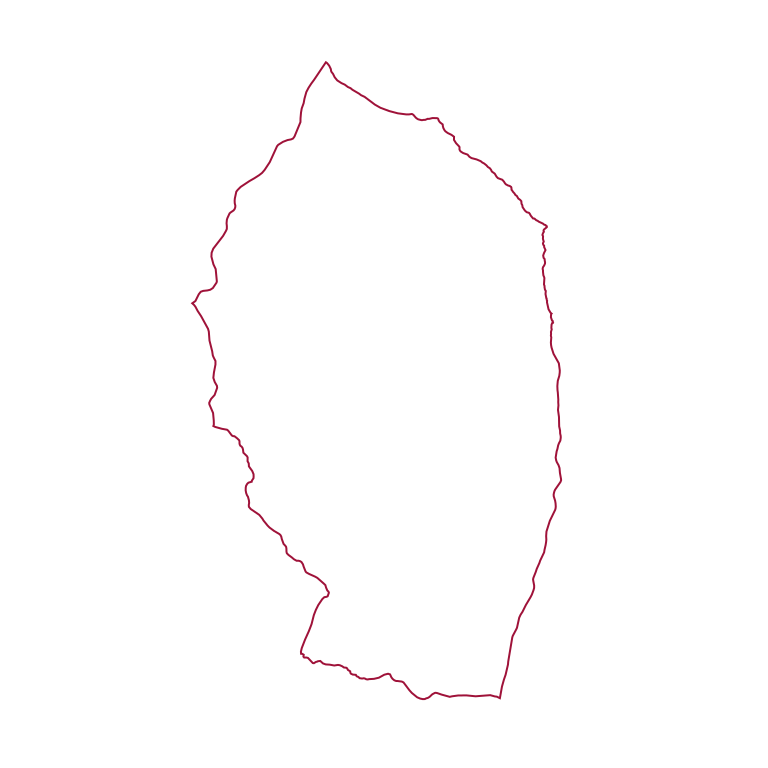 the district of Maubara, Liquica, East Timor, rotated 108°
{"feature_id": "22284137B70669575760565", "entity_name": "Maubara", "entity_type": "district", "adm_level": 2, "iso_a3": "TLS", "parent_name": "East Timor", "parent_adm1": "Liquica", "projection": "orthographic", "projection_center": [125.161, -8.678], "detail": "fine", "context": "isolated", "style": "outline", "palette": "rose", "viewbox_px": 768, "rotation_deg": 108, "n_neighbors": 0, "source": "geoboundaries", "source_scale": "gbopen_adm2", "svg_char_len": 6139}
<svg xmlns="http://www.w3.org/2000/svg" viewBox="0 0 768 768"><g transform="rotate(108 384 384)"><path d="M366.5,591.3L367.5,589.1L368.8,587.2L372.1,583.8L376.0,578.9L385.9,568.4L388.3,566.8L396.6,563.4L406.0,557.5L409.8,555.6L411.5,554.1L414.2,551.4L417.6,550.3L425.6,549.3L430.9,548.2L434.4,545.6L437.4,542.3L439.2,541.5L446.8,541.7L451.5,543.8L453.7,544.2L456.0,544.4L457.3,543.8L464.4,537.6L471.4,534.6L475.1,533.3L476.7,533.3L477.0,531.2L476.7,524.3L476.0,519.2L476.5,517.8L480.0,512.8L480.2,511.4L479.9,510.0L481.0,507.0L482.2,504.5L483.0,503.8L485.3,503.0L486.3,502.4L487.2,501.4L487.5,500.2L488.4,498.9L489.8,497.9L492.8,496.5L495.0,492.0L496.0,491.0L499.6,489.9L501.3,488.1L504.1,487.0L507.5,482.4L510.1,480.2L512.3,479.4L514.0,479.0L516.8,479.8L517.8,479.6L519.7,482.4L521.1,483.2L523.4,483.7L525.2,483.5L527.9,482.7L530.3,481.4L532.3,479.8L533.2,478.6L536.4,476.5L538.8,475.5L540.9,475.2L542.6,474.5L544.1,472.1L547.0,462.2L549.6,458.1L551.1,456.4L554.6,451.0L555.9,448.5L557.7,443.2L559.0,437.3L559.6,435.9L560.8,434.6L563.0,433.3L567.1,430.1L568.3,427.9L569.1,426.8L570.6,426.0L573.7,424.9L575.0,424.1L576.1,422.0L577.4,418.1L578.5,415.5L579.1,412.5L578.5,410.6L578.4,409.3L578.8,407.5L580.6,405.3L582.5,404.0L586.6,400.6L587.2,399.6L587.8,396.5L588.5,390.0L589.0,387.5L592.7,379.0L593.4,377.6L595.5,376.2L597.9,374.1L598.6,372.7L599.6,371.9L603.3,372.0L604.1,372.8L605.2,374.9L607.6,376.2L614.5,378.2L619.9,379.0L625.5,379.3L634.7,378.7L637.1,378.8L642.4,379.1L651.5,380.1L660.6,380.6L664.2,380.3L666.2,379.5L665.9,378.4L666.3,376.7L668.2,376.4L668.8,375.4L668.1,373.2L668.0,371.7L671.4,365.5L671.2,364.4L669.3,362.8L668.8,361.9L668.1,361.2L667.1,359.0L668.6,355.7L668.7,352.8L667.7,348.9L667.1,344.3L665.4,341.0L665.1,339.1L665.4,336.4L666.0,334.6L665.5,332.1L665.8,331.3L667.1,329.9L667.7,327.4L669.1,326.7L669.7,326.0L670.0,324.0L669.3,320.9L670.1,320.1L670.5,319.2L670.5,317.9L671.3,316.3L670.9,313.8L670.2,312.5L670.0,311.3L670.3,309.7L670.0,308.1L669.3,307.0L667.5,302.4L664.9,298.1L660.4,293.9L658.3,290.6L658.3,288.5L660.7,286.3L661.8,284.7L662.6,282.6L662.7,280.7L662.3,279.4L661.5,275.1L661.8,273.2L667.4,265.2L669.2,262.1L671.7,255.7L672.0,252.4L671.7,249.7L671.0,247.8L669.9,246.7L669.1,245.4L667.5,244.0L664.2,242.2L662.1,240.2L661.7,239.4L661.5,237.9L661.6,233.3L661.2,224.8L660.0,222.8L657.4,217.4L654.7,209.5L652.7,200.4L647.1,186.8L646.9,182.1L646.5,180.1L647.0,176.7L635.3,178.3L628.0,178.6L623.0,178.5L612.5,179.4L609.5,180.1L585.3,183.7L583.8,183.7L576.4,182.4L574.7,182.2L564.4,183.2L561.2,182.8L557.9,181.9L550.4,180.8L541.6,178.8L538.6,178.3L533.9,178.1L531.6,178.2L529.3,178.9L524.9,181.3L523.6,181.9L522.1,182.0L515.8,181.6L512.7,181.6L506.1,180.9L503.8,180.9L494.6,179.7L492.1,180.1L487.4,180.5L484.2,181.0L481.9,181.5L478.5,182.8L474.1,183.9L462.9,184.0L450.7,182.3L449.2,182.4L447.4,182.8L444.4,184.0L442.1,185.2L438.3,187.9L436.7,188.5L435.1,188.7L433.3,188.8L431.6,188.6L422.7,185.9L420.9,185.8L419.8,186.2L414.2,189.2L409.7,191.1L407.3,192.9L404.9,195.5L403.5,196.6L401.0,198.0L394.7,199.0L392.2,199.0L388.6,199.4L386.3,199.3L383.4,198.8L380.5,199.3L378.8,199.9L376.6,201.2L373.8,202.2L370.2,204.3L361.3,207.4L354.9,210.5L350.4,211.5L347.4,212.7L345.0,213.4L338.3,216.1L336.2,217.1L332.4,218.5L327.3,219.7L322.1,219.8L318.9,220.4L316.8,221.0L310.3,224.1L302.9,232.1L297.6,235.9L295.4,237.1L293.0,238.1L288.0,239.3L286.5,240.2L284.7,240.6L282.9,241.3L280.1,241.4L279.1,242.1L275.8,243.0L274.4,242.9L273.9,242.3L273.4,242.2L273.0,242.8L272.2,242.8L271.8,243.2L271.6,243.9L268.9,245.9L265.8,246.7L265.3,246.4L264.7,247.7L262.1,250.6L256.5,253.9L255.8,254.3L254.4,254.6L253.8,255.2L252.4,255.8L252.3,256.1L248.5,258.2L245.5,258.9L244.5,260.1L242.2,261.3L241.2,261.6L239.9,262.6L233.7,264.2L232.9,264.7L231.4,266.0L228.3,267.4L226.8,267.9L225.5,268.7L223.9,268.9L221.8,268.3L219.7,268.1L218.3,268.5L217.3,269.1L215.5,269.9L214.7,271.2L212.6,272.3L210.1,272.3L206.7,271.8L204.3,274.0L202.9,274.5L202.4,275.5L201.4,276.2L200.9,276.3L199.2,276.1L196.9,277.7L194.3,278.4L193.3,279.4L191.5,279.4L189.8,279.0L189.1,279.6L188.2,279.7L187.5,279.5L185.0,277.9L184.3,277.6L183.6,278.0L183.5,278.7L182.9,279.5L183.0,280.8L182.3,282.6L181.8,286.9L181.3,288.4L181.2,289.8L180.2,292.0L180.5,293.4L178.5,296.5L177.1,297.9L176.4,299.0L176.5,301.4L175.5,303.6L173.0,306.8L171.1,307.8L170.1,308.9L167.7,309.9L166.8,311.4L166.1,313.6L164.1,315.8L163.6,317.5L162.5,318.7L161.2,321.0L160.4,321.8L159.9,322.7L157.9,323.5L157.3,324.0L156.8,325.7L156.9,327.3L156.4,329.9L155.4,331.4L154.5,332.4L153.2,334.6L153.0,339.3L152.0,341.1L149.7,343.7L148.6,347.1L147.2,348.4L146.1,350.0L145.5,352.3L144.4,354.1L143.3,357.0L143.0,358.9L142.2,360.9L141.8,365.3L142.1,370.6L141.5,373.0L140.0,375.4L139.9,380.1L139.2,382.8L138.6,383.8L137.6,384.7L135.6,385.3L135.0,385.7L132.7,389.9L130.2,392.9L127.2,393.8L126.2,396.8L125.6,401.0L124.7,403.7L124.0,404.8L122.4,406.5L120.8,407.6L119.0,408.4L117.9,411.5L117.1,412.7L116.4,413.5L115.2,414.3L114.8,414.9L114.8,415.8L116.1,420.1L117.9,423.0L118.3,424.4L120.1,426.5L120.4,427.6L121.3,429.3L121.5,430.0L121.7,433.1L121.6,434.0L120.9,436.0L118.9,439.3L118.6,440.6L118.6,441.0L119.9,443.6L120.7,446.0L122.3,454.5L122.8,463.4L122.4,472.7L121.1,479.0L116.9,491.2L116.4,495.1L115.6,497.3L113.9,505.0L113.0,507.2L112.7,510.1L111.4,513.8L111.0,517.4L109.7,522.3L107.5,525.7L104.8,528.3L103.4,530.4L102.7,531.0L100.9,531.9L98.2,534.5L96.4,537.3L96.0,538.7L116.3,544.5L120.8,546.0L125.6,547.3L130.3,548.1L137.2,547.8L141.8,547.2L147.3,547.4L151.5,546.8L157.1,545.5L160.7,544.4L176.3,545.6L178.7,546.4L180.1,548.0L181.8,551.1L184.9,554.9L189.2,558.5L190.9,559.2L208.3,561.2L217.3,563.7L220.9,565.2L224.0,567.3L228.4,570.9L232.6,574.7L240.8,581.2L244.5,583.1L246.7,583.9L253.6,583.2L255.8,582.7L258.2,581.8L260.3,580.5L261.8,580.1L263.7,580.1L265.4,580.7L268.4,583.0L269.5,583.6L274.6,584.2L276.3,584.2L279.8,583.4L282.5,582.2L285.1,581.4L287.2,581.6L292.9,582.8L308.0,588.2L312.4,588.5L316.2,587.5L322.9,583.2L326.7,579.6L338.0,574.7L339.3,574.6L345.6,576.4L348.0,578.3L349.6,580.9L351.3,584.7L352.9,586.8L355.9,587.9L363.4,589.0L366.5,591.3Z" fill="none" stroke="#9f1239" stroke-width="2"/></g></svg>